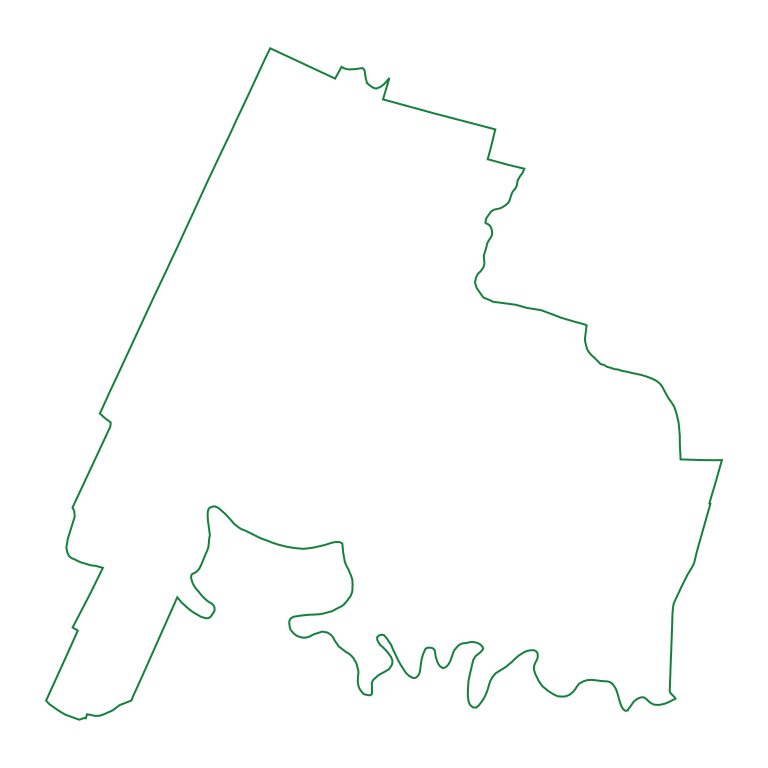 the district of Andrasesti, Ialomita, Romania
{"feature_id": "2599482B59436484674817", "entity_name": "Andrasesti", "entity_type": "district", "adm_level": 2, "iso_a3": "ROU", "parent_name": "Romania", "parent_adm1": "Ialomita", "projection": "orthographic", "projection_center": [27.141, 44.59], "detail": "fine", "context": "isolated", "style": "outline", "palette": "green", "viewbox_px": 768, "rotation_deg": 0, "n_neighbors": 0, "source": "geoboundaries", "source_scale": "gbopen_adm2", "svg_char_len": 6077}
<svg xmlns="http://www.w3.org/2000/svg" viewBox="0 0 768 768"><path d="M675.5,698.7L674.3,696.9L673.9,696.5L672.0,694.6L670.1,692.6L669.9,692.0L669.7,690.3L669.9,686.8L670.4,672.5L670.5,668.7L670.9,658.5L671.2,651.5L672.1,626.4L672.5,613.5L672.7,610.9L673.0,607.6L673.2,606.5L673.5,604.6L673.7,603.6L674.6,601.7L676.0,598.4L678.8,592.6L681.6,586.5L684.4,580.9L685.5,578.8L687.4,574.9L691.7,567.8L693.0,565.5L693.4,564.4L694.3,562.3L696.6,552.6L698.7,545.0L705.2,522.1L710.4,503.8L709.4,503.5L711.0,497.7L715.6,482.4L721.9,460.1L714.3,460.2L702.7,460.1L680.6,459.4L679.8,443.5L679.8,436.0L678.6,422.5L676.5,413.6L674.1,406.5L671.7,402.7L668.3,397.9L666.1,394.0L662.0,386.3L659.5,383.2L657.4,381.5L655.2,380.2L651.5,378.4L645.9,376.3L640.7,374.8L632.5,373.1L626.8,371.7L622.2,370.9L617.9,369.5L614.2,369.1L610.8,367.8L607.5,367.0L603.7,364.8L600.5,364.1L598.6,362.0L595.0,358.3L590.9,354.6L588.6,351.8L587.1,349.1L586.1,345.5L585.1,341.3L585.0,338.3L586.6,325.4L585.7,324.8L584.5,324.4L573.5,321.4L561.1,317.7L541.2,310.2L526.8,307.9L516.0,304.8L492.8,301.7L490.7,300.5L483.5,297.6L480.9,294.1L476.8,288.2L476.2,286.6L475.0,282.3L476.0,277.6L478.0,273.7L480.6,271.3L483.1,267.9L483.9,265.9L484.4,263.6L483.8,255.7L486.5,246.7L487.2,243.4L488.7,240.6L490.4,238.2L492.1,234.8L492.1,231.1L491.1,227.8L489.8,225.6L488.4,224.4L487.1,223.9L485.4,222.7L486.3,218.2L491.1,211.5L494.0,209.7L500.5,208.2L503.8,206.4L507.2,203.9L509.2,201.4L511.7,193.8L512.7,191.7L515.3,188.6L516.7,185.9L517.6,180.6L519.9,176.5L522.7,172.7L524.3,168.7L508.8,165.0L488.4,159.4L487.7,159.3L490.3,149.8L495.3,129.4L433.4,113.2L384.8,99.9L383.0,99.4L389.4,78.0L384.3,84.0L380.1,87.1L376.1,88.6L373.3,87.8L370.6,86.0L367.0,83.1L365.6,77.5L364.6,70.8L363.9,69.2L362.5,68.1L354.1,69.2L349.5,69.4L346.1,69.0L343.4,68.0L341.6,66.8L335.1,78.6L270.2,48.3L265.2,58.5L249.5,92.4L242.9,106.5L236.7,119.4L229.4,135.4L220.7,153.5L206.7,183.2L194.6,209.7L176.8,248.3L170.4,261.9L168.1,266.9L152.9,299.0L117.0,376.5L110.5,390.2L100.7,411.8L99.8,413.5L104.8,418.0L108.6,420.9L110.7,422.4L110.4,426.2L109.7,428.0L72.5,507.6L74.3,511.2L74.7,516.7L67.9,538.5L66.3,547.8L67.6,553.2L69.2,556.3L71.8,558.2L74.4,559.3L80.7,562.3L90.4,565.2L95.3,565.8L102.9,567.8L90.3,593.5L72.6,627.5L77.8,630.6L68.4,651.6L46.1,700.6L49.2,704.0L57.6,710.0L60.0,711.5L65.4,714.7L79.2,719.7L84.6,717.9L85.8,718.3L87.1,714.2L95.1,715.9L99.9,715.7L103.6,714.4L112.6,710.4L119.7,705.1L131.4,700.5L132.9,696.7L141.9,676.9L174.3,604.0L176.0,600.1L177.3,597.3L181.5,602.4L189.0,609.2L192.8,612.0L200.6,616.6L205.5,618.2L208.3,618.2L210.9,616.5L212.4,614.2L213.6,612.4L214.6,610.3L214.5,607.6L214.0,606.2L212.6,604.3L210.8,603.1L207.6,601.1L204.8,598.7L201.7,595.5L198.2,591.1L196.6,589.4L194.3,586.2L193.1,584.1L192.3,582.2L191.3,578.9L191.1,576.4L191.6,574.6L193.7,573.2L195.7,572.4L198.0,570.3L199.7,568.0L202.0,563.0L205.5,554.4L207.1,550.8L208.3,547.5L208.9,542.7L209.1,539.1L209.9,535.1L207.9,520.3L207.6,514.0L208.0,510.7L208.8,508.6L210.5,507.4L212.6,506.6L215.0,506.4L218.4,507.9L222.1,511.1L225.3,514.0L228.3,517.1L234.5,524.2L239.2,527.8L241.8,529.3L245.7,530.8L259.5,537.7L262.4,538.9L268.7,541.2L271.5,542.4L278.2,544.6L287.0,546.8L294.3,548.0L302.5,548.8L306.4,548.6L310.3,548.0L313.9,547.5L325.2,544.9L329.3,543.5L333.7,542.3L337.2,541.9L339.1,542.0L341.1,542.7L342.3,543.7L342.5,545.3L343.2,552.6L344.9,562.2L346.5,565.9L348.5,569.7L351.1,575.8L352.4,580.0L352.5,583.1L352.6,585.4L352.4,587.7L352.5,589.7L352.0,592.4L351.3,594.3L350.8,595.6L350.0,597.0L348.6,598.5L347.6,600.2L343.9,604.6L341.3,606.4L335.7,609.2L332.1,611.2L323.1,613.6L318.8,614.3L313.8,614.6L309.8,614.7L300.8,615.6L293.7,616.7L291.9,617.6L290.3,618.9L289.3,621.2L289.3,623.8L289.8,627.3L290.6,629.8L293.6,633.4L296.1,635.3L298.7,636.6L302.2,637.6L305.4,637.7L309.0,636.8L314.1,634.2L322.3,631.6L327.3,632.5L329.9,634.1L331.8,635.7L333.5,638.0L334.8,640.8L337.2,644.1L338.7,646.4L345.6,651.7L348.7,653.5L351.5,655.9L353.4,658.2L355.6,661.9L356.8,664.5L357.6,668.0L358.3,670.5L358.4,673.9L357.9,677.0L357.8,682.2L358.5,686.2L359.5,688.7L361.8,692.0L363.9,694.2L367.9,695.1L370.2,695.3L371.7,694.3L372.1,692.2L371.8,683.0L373.1,680.1L377.8,675.7L380.4,674.0L383.6,672.4L388.0,669.8L389.3,668.8L391.6,665.4L392.4,663.1L392.3,660.0L391.0,656.9L387.6,652.2L383.1,647.4L380.2,644.9L378.5,642.4L377.3,640.0L377.1,637.4L378.9,635.5L382.0,634.7L384.2,635.3L386.8,638.4L389.1,641.9L391.0,644.5L392.8,649.0L398.2,660.4L400.3,664.2L404.9,671.4L406.8,673.8L409.0,675.8L412.3,677.7L414.1,678.1L415.7,677.7L417.0,676.8L418.2,675.5L419.3,673.7L420.0,670.9L420.4,668.3L420.6,666.1L421.6,659.5L422.9,654.6L424.4,651.3L425.1,649.4L426.7,648.0L429.3,647.6L431.9,647.9L433.3,648.7L434.5,650.0L435.1,652.3L435.7,656.6L437.1,661.2L438.3,663.9L439.9,666.1L442.9,668.2L445.9,667.1L447.8,665.2L449.3,662.9L450.5,660.5L453.4,652.3L454.5,650.0L456.4,647.7L458.6,645.4L460.9,643.9L463.3,643.3L465.9,643.1L469.7,642.2L472.3,642.0L474.8,642.3L477.1,642.8L480.1,644.3L482.4,646.6L483.2,648.6L482.4,650.1L480.3,652.4L475.5,656.2L473.2,660.1L469.9,674.1L468.5,680.8L468.0,688.3L467.8,694.7L468.4,700.9L469.8,704.6L472.7,707.3L476.1,707.6L478.9,705.3L482.7,700.2L485.0,696.2L487.2,691.0L490.2,681.1L492.5,677.1L495.5,673.4L506.0,666.8L512.1,661.7L516.0,657.9L519.0,655.4L524.1,652.2L527.0,651.0L530.4,650.3L533.7,650.2L535.9,651.1L537.6,653.2L537.8,656.7L537.0,659.7L535.4,662.4L534.1,666.0L533.9,669.4L535.1,673.5L538.1,679.7L539.9,682.9L542.7,686.5L548.3,691.0L551.3,693.0L555.0,695.1L558.1,696.3L562.8,696.6L565.8,696.3L569.1,695.0L572.9,692.1L575.2,689.2L577.3,686.0L579.1,683.7L582.1,682.0L583.7,681.2L587.1,680.2L590.8,679.9L593.2,680.0L596.6,680.4L600.5,680.9L603.7,681.2L607.3,681.4L609.0,681.8L611.0,682.7L612.6,684.0L614.4,686.5L615.9,689.0L616.9,691.6L618.1,695.5L619.3,700.0L620.4,703.5L621.5,706.5L623.3,709.4L625.5,710.8L627.7,710.5L628.8,708.5L630.4,706.5L633.4,702.1L634.8,700.7L637.0,699.1L639.4,697.9L641.8,697.2L644.3,697.5L647.1,699.7L649.6,702.2L653.3,704.4L656.7,704.9L660.1,704.8L665.1,703.6L669.2,701.9L671.4,700.7L675.5,698.7Z" fill="none" stroke="#15803d" stroke-width="2"/></svg>